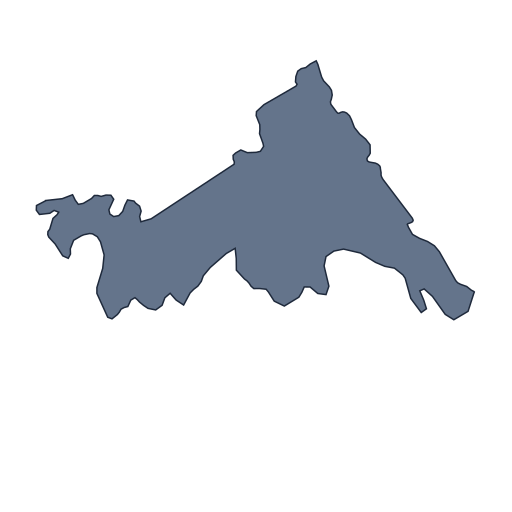 map outline of Ogun (Natural Earth projection), rotated 147°
{"feature_id": "NGA-2852", "entity_name": "Ogun", "entity_type": "State", "adm_level": 1, "iso_a3": "NGA", "parent_name": "Nigeria", "parent_adm1": "", "projection": "natural_earth1", "projection_center": [3.522, 7.137], "detail": "fine", "context": "isolated", "style": "filled", "palette": "slate", "viewbox_px": 512, "rotation_deg": 147, "n_neighbors": 0, "source": "natural_earth", "source_scale": "10m", "svg_char_len": 2691}
<svg xmlns="http://www.w3.org/2000/svg" viewBox="0 0 512 512"><g transform="rotate(147 256 256)"><path d="M111.4,200.4L112.0,200.0L112.1,198.9L112.5,197.1L113.0,188.9L109.2,181.7L104.2,174.7L100.8,167.4L99.9,159.7L100.3,153.2L101.9,126.6L101.5,123.8L99.9,120.9L95.9,115.7L94.0,110.0L92.6,107.6L92.5,106.9L93.6,106.1L108.3,94.1L124.8,94.8L129.1,104.0L130.0,126.0L132.9,136.8L137.6,137.6L139.4,127.5L141.8,118.9L148.2,118.6L149.3,136.1L143.0,156.1L143.1,160.2L146.5,170.4L153.6,177.2L159.2,185.5L166.8,201.6L178.8,214.1L188.0,217.7L197.6,217.4L204.3,210.6L211.3,191.0L218.3,185.5L224.6,190.9L227.5,200.5L232.4,203.8L237.3,200.6L242.5,198.1L259.5,198.6L265.3,208.2L265.2,219.1L265.6,222.6L270.6,226.7L275.6,229.9L276.6,233.3L276.6,237.0L277.1,240.1L278.2,243.0L280.2,254.8L273.9,264.7L269.3,273.8L279.6,274.3L300.6,271.3L311.0,268.1L315.7,264.5L321.2,262.4L326.3,262.0L331.4,260.9L343.4,254.3L347.0,262.6L348.3,271.5L355.2,270.6L361.6,265.8L369.5,265.4L375.1,270.9L377.2,275.8L378.8,280.9L379.3,284.0L380.2,287.0L385.0,287.2L391.0,283.4L394.6,284.6L398.2,284.9L401.1,283.4L404.1,282.4L411.0,281.7L413.7,285.4L409.8,311.3L406.6,316.2L391.3,329.1L382.8,339.6L378.7,352.6L378.6,358.6L381.1,363.7L383.4,365.5L388.8,367.6L391.6,368.1L400.4,368.5L407.8,363.2L410.5,358.7L414.7,356.3L418.0,361.4L417.9,375.5L419.5,384.7L419.0,387.3L417.2,389.8L414.4,390.8L405.8,398.1L400.3,399.0L397.6,400.2L400.5,404.2L405.6,404.1L415.0,408.8L415.3,414.1L412.6,417.9L402.3,416.9L402.2,417.1L387.3,409.6L376.5,407.3L376.5,406.8L377.2,401.3L376.9,396.1L372.2,394.2L362.6,393.8L358.6,394.8L355.7,392.9L353.4,390.3L348.6,388.8L344.6,386.0L344.4,381.1L354.2,374.9L355.7,370.8L353.9,366.6L349.1,364.6L343.5,366.0L338.3,370.0L333.2,373.0L328.4,368.5L328.2,366.0L326.5,361.2L327.9,356.2L332.1,352.5L333.9,347.4L323.7,344.3L224.4,344.9L222.9,346.7L222.4,349.5L220.4,352.9L217.0,353.5L211.0,353.2L207.0,347.4L199.3,342.8L195.3,341.4L189.9,343.8L188.8,346.6L186.4,356.7L183.8,360.0L181.3,364.1L179.4,373.6L176.9,376.9L166.9,378.6L129.9,376.7L128.0,377.7L128.1,380.5L124.8,384.8L120.3,388.3L116.0,388.5L111.6,386.9L105.9,387.5L100.2,387.0L99.2,386.9L99.8,382.8L100.4,380.9L103.5,370.3L103.9,366.1L102.4,357.8L102.5,353.8L104.4,349.5L107.5,346.4L109.6,344.8L110.6,342.5L110.0,333.4L109.7,331.4L108.7,330.5L106.6,330.3L104.8,329.7L103.4,328.5L102.1,326.5L101.2,322.6L101.7,318.4L103.5,310.1L102.7,301.8L100.4,294.3L99.8,287.1L104.2,280.0L106.2,278.9L108.4,278.2L110.1,277.1L110.8,275.0L109.8,273.1L105.3,268.9L103.9,266.7L103.2,264.2L103.4,262.8L104.1,261.5L105.7,257.8L107.1,255.7L107.6,253.9L107.8,251.1L104.3,202.6L104.7,200.4L106.0,199.5L107.8,199.6L111.4,200.4Z" fill="#64748b" stroke="#1e293b" stroke-width="1.5"/></g></svg>